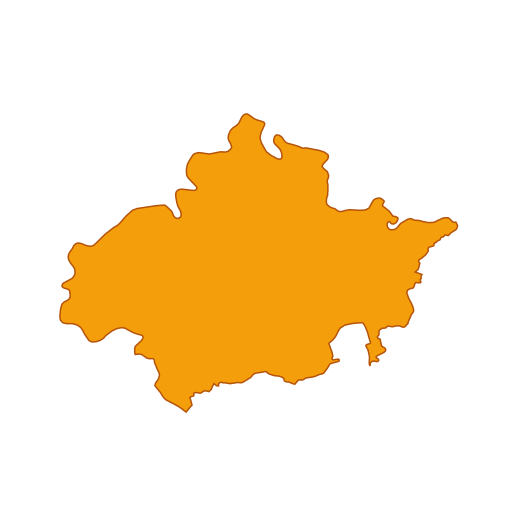 Hiep Hoa, Bắc Giang, Vietnam, rotated 80°
{"feature_id": "81297802B61782089337393", "entity_name": "Hiep Hoa", "entity_type": "district", "adm_level": 2, "iso_a3": "VNM", "parent_name": "Vietnam", "parent_adm1": "Bắc Giang", "projection": "orthographic", "projection_center": [105.967, 21.33], "detail": "fine", "context": "isolated", "style": "filled", "palette": "amber", "viewbox_px": 512, "rotation_deg": 80, "n_neighbors": 0, "source": "geoboundaries", "source_scale": "gbopen_adm2", "svg_char_len": 6115}
<svg xmlns="http://www.w3.org/2000/svg" viewBox="0 0 512 512"><g transform="rotate(80 256 256)"><path d="M348.6,117.9L348.2,118.1L344.7,115.8L341.0,113.4L338.0,110.5L336.6,110.1L333.5,110.3L329.2,111.3L324.0,113.0L318.5,113.9L316.3,112.9L315.5,111.8L314.9,109.5L315.0,107.5L314.4,106.4L313.3,105.5L310.6,104.2L309.9,103.3L311.0,99.1L310.1,98.0L308.6,98.7L308.1,98.6L306.9,97.3L304.2,96.9L303.0,95.8L299.4,102.1L297.7,99.0L295.9,97.8L291.5,95.9L290.2,96.7L289.4,96.8L288.2,96.2L286.6,92.6L284.2,88.6L280.9,85.4L278.7,85.3L277.4,84.3L276.9,79.3L276.2,78.8L275.0,78.6L274.4,78.1L273.8,76.2L272.6,74.4L272.0,72.0L271.5,71.6L270.2,70.9L269.8,70.3L269.6,68.0L268.2,66.4L268.3,65.4L269.2,63.3L268.8,62.3L267.0,60.0L264.8,54.6L264.2,53.8L262.1,52.6L261.0,52.2L257.3,53.3L257.3,54.8L256.7,56.3L252.7,59.0L251.9,59.9L251.4,61.4L251.1,65.2L252.9,72.2L253.4,73.4L253.7,75.7L253.6,77.0L252.9,80.9L250.9,86.0L249.4,89.0L248.2,93.9L246.4,96.3L246.0,97.5L246.1,100.0L248.7,107.1L249.9,109.0L252.5,111.8L253.8,114.4L253.9,116.7L253.5,118.9L252.7,120.1L251.8,120.8L249.8,121.6L247.2,121.2L245.8,120.4L245.3,119.4L245.4,118.5L247.1,117.5L248.0,116.6L248.4,115.0L248.2,113.9L247.4,112.1L246.1,110.9L244.8,110.0L243.9,109.6L243.2,109.7L242.1,110.6L241.2,112.2L240.6,114.0L240.1,114.5L234.8,117.1L228.8,122.5L227.6,122.5L224.6,120.3L223.8,120.4L221.2,122.7L220.5,124.0L220.2,125.3L220.3,127.7L220.8,129.6L221.5,130.6L222.9,132.0L228.4,136.4L229.4,139.3L229.6,141.2L229.0,146.1L226.7,155.6L226.6,159.1L227.0,163.1L227.0,164.8L226.3,166.9L225.6,167.8L223.4,169.8L220.9,174.3L218.1,176.8L216.3,177.4L215.2,177.4L211.2,176.4L208.7,174.9L206.2,174.5L204.6,173.9L197.9,172.8L194.9,173.0L193.5,172.4L191.1,171.0L189.3,170.5L185.4,171.1L181.7,174.1L179.8,175.2L179.1,175.2L178.5,175.0L177.1,173.8L173.2,168.7L171.0,167.5L169.2,167.4L168.0,168.2L165.6,170.6L162.9,175.6L158.2,188.0L158.0,191.1L155.6,194.8L153.1,199.6L150.4,205.5L148.8,207.2L147.2,208.2L143.5,209.8L142.7,210.5L141.2,212.1L140.4,214.3L140.6,215.7L141.8,217.0L144.6,218.4L147.3,218.6L149.2,217.8L154.5,214.1L155.8,213.6L158.3,213.0L160.1,212.9L163.0,213.2L163.7,213.4L164.7,214.6L164.7,216.3L163.8,218.3L159.8,223.4L155.4,227.5L153.9,228.2L144.9,231.2L140.9,231.5L138.2,230.8L134.9,229.3L128.4,224.8L127.3,224.5L126.1,224.7L125.0,225.8L122.2,231.3L120.6,233.8L115.7,238.5L114.6,240.0L114.4,242.0L115.1,243.9L116.8,245.9L122.3,249.9L124.2,252.8L125.7,256.2L127.3,258.6L128.5,259.8L131.9,262.0L135.1,263.0L137.7,262.7L141.7,261.3L144.6,261.1L145.9,261.8L147.8,264.9L148.2,265.9L148.3,268.1L147.2,273.0L147.5,284.2L144.5,293.3L144.2,295.2L144.5,298.5L145.3,300.2L146.2,301.2L150.6,305.2L153.8,307.6L158.2,309.4L163.3,310.2L164.9,310.1L167.8,309.0L176.1,303.4L177.3,302.7L179.0,302.4L179.8,303.0L180.5,303.9L180.7,305.4L180.4,306.9L177.5,316.7L177.1,319.2L177.5,321.5L178.8,323.2L179.9,323.9L181.6,324.4L183.9,324.7L189.3,324.7L193.4,324.3L198.5,322.6L201.6,322.4L203.0,322.7L204.1,323.3L204.8,324.0L205.4,325.7L205.3,326.8L204.8,328.1L204.2,328.9L202.5,330.1L198.6,330.9L196.8,331.6L192.0,335.2L190.5,336.5L189.9,337.7L189.1,345.6L188.6,364.9L189.5,369.6L194.0,376.9L200.2,384.6L201.7,387.1L203.6,391.9L208.3,400.7L216.5,412.6L217.4,414.4L217.8,416.1L217.3,418.8L216.3,421.2L213.4,425.9L212.4,428.5L212.3,429.2L212.6,431.3L214.2,433.7L216.7,435.5L219.6,438.5L221.6,440.1L223.5,440.9L224.8,441.2L227.2,441.1L230.6,440.0L235.0,437.6L237.1,436.9L238.6,436.8L241.6,437.2L243.0,437.9L244.8,439.3L246.1,441.0L249.2,450.2L250.1,451.5L251.4,452.1L252.3,452.3L252.9,452.0L254.2,450.7L256.0,447.1L257.0,446.0L257.9,445.7L261.6,445.7L263.9,446.1L265.7,447.4L266.4,448.3L268.2,453.3L269.6,455.3L271.7,456.5L275.9,458.2L281.8,459.7L284.9,459.8L287.4,458.5L288.5,457.3L289.7,454.3L290.7,449.0L291.7,446.3L293.3,443.6L296.0,441.0L298.8,439.7L303.8,438.1L310.0,435.3L311.7,433.4L312.3,431.6L312.6,428.3L312.1,424.3L310.5,420.4L308.5,418.0L306.0,413.3L304.5,410.0L303.5,406.4L303.2,403.7L303.3,400.5L304.3,397.6L309.6,391.0L311.8,387.4L314.1,382.5L314.6,381.9L315.2,381.5L316.5,381.3L318.2,382.3L319.9,384.3L323.9,390.4L326.0,391.5L330.1,392.2L332.0,392.1L332.3,387.8L333.2,385.6L337.6,381.2L338.6,379.0L339.0,376.1L339.3,375.2L340.0,374.5L340.7,374.3L343.3,374.4L350.9,372.8L353.4,371.9L356.2,371.7L357.2,371.9L360.6,373.8L363.3,376.6L364.7,377.5L366.2,378.1L374.1,373.7L377.4,372.5L380.6,370.8L382.4,369.2L388.3,361.5L391.6,357.5L397.6,351.9L393.3,347.0L391.8,344.9L383.8,345.6L383.4,344.9L382.9,341.7L382.3,341.3L380.7,341.3L380.0,340.5L379.9,340.1L380.4,337.5L381.1,335.8L381.4,334.0L381.0,333.0L380.0,331.4L379.9,330.2L380.3,328.2L381.4,325.9L379.7,323.3L376.8,321.5L374.3,319.5L376.7,317.6L377.4,315.9L377.4,315.3L375.3,315.1L374.4,313.6L374.3,312.1L375.4,309.9L375.5,308.5L377.2,303.9L377.4,295.8L378.2,293.2L378.2,292.3L378.1,290.9L374.8,282.5L372.4,279.5L371.6,278.0L371.3,275.6L371.5,269.9L371.4,266.3L372.8,265.3L374.5,263.5L377.0,258.8L378.4,253.9L380.0,251.2L381.8,249.8L383.8,249.8L385.0,248.5L385.9,245.4L388.2,241.8L389.0,240.0L385.7,236.0L385.6,235.1L386.1,232.0L386.0,230.7L385.1,229.0L384.8,227.8L385.0,221.0L384.7,218.3L383.7,214.2L383.5,210.9L383.1,209.6L378.7,205.0L375.7,202.5L374.9,201.3L374.2,193.6L373.8,192.3L372.4,192.2L371.8,193.0L371.7,197.7L371.4,198.5L370.7,199.0L369.6,198.8L368.1,197.7L364.4,197.8L354.6,199.5L352.1,195.1L349.8,192.3L348.2,190.9L344.1,187.9L341.6,185.6L339.5,180.5L339.2,174.0L339.4,169.7L340.1,163.1L340.8,162.2L344.0,160.8L350.0,159.5L359.1,158.6L360.7,158.2L361.7,158.5L362.0,159.1L362.4,162.0L362.8,162.9L363.2,163.3L363.7,163.4L367.6,162.1L371.2,161.8L375.3,161.8L381.6,163.2L383.5,163.0L383.4,162.5L381.8,162.3L380.9,161.6L379.9,159.9L379.9,158.4L381.0,155.2L381.0,154.4L380.6,153.7L379.8,153.2L378.5,153.6L377.3,155.0L376.6,155.3L375.9,155.1L375.4,154.3L373.2,146.8L372.0,145.0L370.9,144.5L369.2,144.9L367.5,146.9L366.2,148.0L359.4,148.2L358.1,150.4L356.5,150.5L355.2,148.8L354.3,148.4L351.7,148.1L350.9,147.8L350.0,146.6L349.3,145.0L349.1,144.0L349.4,141.2L349.2,140.5L348.0,138.6L348.0,138.0L349.3,134.3L349.4,132.8L349.1,130.4L349.8,126.7L351.7,123.6L351.6,121.7L348.6,117.9Z" fill="#f59e0b" stroke="#b45309" stroke-width="1.5"/></g></svg>